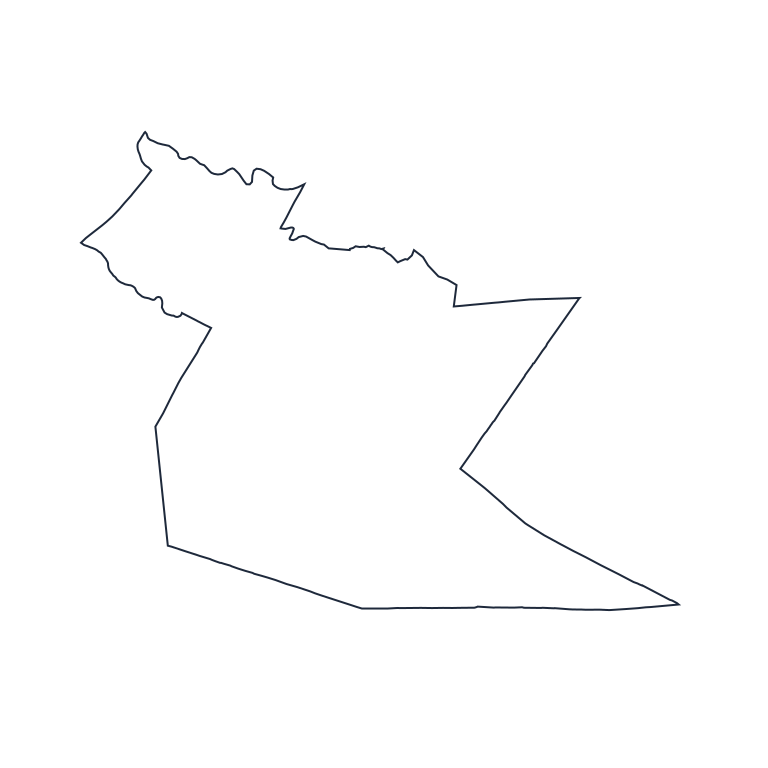 the district of Santa Lucía Ocotlán, Oaxaca, Mexico, rotated 6°
{"feature_id": "50627088B69652036607409", "entity_name": "Santa Lucía Ocotlán", "entity_type": "district", "adm_level": 2, "iso_a3": "MEX", "parent_name": "Mexico", "parent_adm1": "Oaxaca", "projection": "mercator", "projection_center": [-96.672, 16.727], "detail": "fine", "context": "isolated", "style": "outline", "palette": "slate", "viewbox_px": 768, "rotation_deg": 6, "n_neighbors": 0, "source": "geoboundaries", "source_scale": "gbopen_adm2", "svg_char_len": 4795}
<svg xmlns="http://www.w3.org/2000/svg" viewBox="0 0 768 768"><g transform="rotate(6 384 384)"><path d="M569.5,278.0L521.0,284.6L520.6,284.6L496.0,289.5L489.8,290.8L485.0,291.7L471.5,294.4L467.5,295.2L464.4,295.8L455.6,297.6L453.7,298.0L445.3,299.6L445.5,290.7L445.8,278.0L436.0,273.5L426.9,271.3L415.5,261.5L409.5,253.7L399.8,247.7L398.3,253.2L394.3,257.8L392.0,257.6L387.2,260.2L385.0,261.6L383.2,260.2L380.2,257.5L377.1,255.1L373.8,253.5L370.6,251.4L369.0,250.4L369.4,249.3L367.3,250.1L365.3,249.6L363.2,249.7L361.5,249.3L359.9,249.0L357.8,249.1L356.1,248.8L354.4,248.0L351.6,249.8L349.6,249.6L345.4,250.3L341.4,250.0L339.1,251.9L336.0,253.2L335.9,254.4L317.8,254.8L314.8,254.9L309.7,251.6L307.0,251.4L300.8,249.6L298.1,248.5L291.1,245.5L288.1,245.2L283.8,246.8L281.8,248.8L278.8,250.4L277.0,250.4L275.2,250.0L274.9,249.0L275.6,247.1L277.0,243.8L277.4,242.0L278.1,239.2L277.5,238.3L276.5,238.0L275.1,238.1L269.8,240.1L266.0,240.1L265.0,240.0L264.9,240.0L265.0,239.6L265.0,239.0L267.4,233.8L269.5,228.8L274.5,215.8L275.5,213.3L276.1,211.8L276.2,211.6L280.5,202.1L283.8,193.7L277.8,197.4L274.7,198.8L272.9,199.6L271.5,199.9L270.2,199.9L268.3,200.6L264.4,201.0L260.9,200.9L257.6,200.0L254.6,198.4L252.7,196.8L252.4,195.6L251.9,193.3L252.2,190.2L247.7,187.2L242.5,184.5L238.8,183.3L234.8,183.2L232.2,185.4L231.3,190.4L231.6,196.8L229.6,199.5L226.3,199.7L223.2,196.5L218.1,190.4L215.6,188.3L212.5,185.9L210.7,185.4L208.9,186.2L205.8,188.2L204.2,190.0L200.9,192.1L196.9,193.0L193.1,192.8L190.3,192.0L188.2,190.5L185.3,187.8L182.3,185.2L180.4,184.8L178.0,184.2L173.8,181.0L172.1,179.9L169.1,178.6L166.7,178.7L164.6,180.1L162.5,181.1L159.6,181.3L157.1,180.5L155.6,178.6L155.1,176.6L153.4,174.6L152.0,173.7L149.4,172.0L147.1,170.7L145.2,169.6L139.7,169.0L139.3,169.0L133.8,168.2L129.2,166.5L125.8,165.6L123.5,163.9L121.7,159.9L120.1,158.4L119.3,159.4L118.5,161.2L117.5,163.0L116.5,165.2L115.4,167.4L114.3,169.4L113.9,171.4L113.9,171.8L114.0,173.6L114.6,176.3L115.6,178.7L116.7,180.6L117.5,182.3L118.7,185.3L120.0,187.9L123.0,191.0L125.3,192.5L127.1,193.3L130.2,195.9L124.2,205.8L121.7,209.5L113.9,221.3L113.0,222.8L107.0,231.1L102.3,238.0L96.2,245.9L90.9,251.8L87.0,255.8L76.5,265.9L72.3,270.0L67.9,275.2L71.2,277.1L73.8,277.7L74.7,277.9L78.2,278.9L79.7,279.2L82.7,280.1L84.7,281.0L86.3,282.1L88.6,283.1L90.1,284.5L92.7,287.2L94.3,288.7L95.2,290.1L96.0,291.0L96.9,292.8L97.2,294.8L97.7,296.8L98.3,298.3L99.3,300.0L100.5,301.3L102.2,302.9L103.5,304.5L105.2,305.5L105.7,305.9L106.1,306.2L107.1,307.5L108.5,308.7L110.1,309.7L112.1,310.6L113.9,311.1L116.2,311.9L118.0,312.1L119.8,312.3L121.4,312.3L122.7,312.6L124.4,313.3L125.7,314.1L126.5,314.8L127.0,315.8L128.0,317.5L129.8,319.4L132.0,320.8L134.4,322.3L136.8,323.0L139.4,323.2L141.3,323.4L142.5,323.8L144.0,324.2L145.4,324.5L146.5,324.3L147.6,323.4L148.4,322.1L149.4,321.4L150.6,321.0L152.3,321.2L153.5,322.3L154.6,324.4L155.1,327.0L155.1,329.3L155.1,331.1L156.0,332.5L158.3,335.9L161.0,337.2L165.8,338.1L167.6,338.0L169.4,338.8L170.6,339.0L172.0,338.8L174.4,337.4L175.4,335.6L175.6,334.5L176.5,334.9L191.0,340.5L192.6,341.2L194.3,341.8L198.5,343.5L201.2,344.5L201.6,344.6L206.2,346.3L199.4,361.9L198.8,362.8L198.0,364.5L197.1,366.4L196.0,369.3L195.0,372.2L181.8,399.0L179.4,404.5L175.1,415.8L174.8,416.4L167.4,436.2L161.1,450.3L185.9,567.4L189.8,568.0L203.0,570.9L216.3,573.7L218.4,574.2L228.9,576.2L229.4,576.3L231.2,576.9L234.6,577.8L239.6,579.0L240.6,578.9L243.4,579.5L250.2,580.7L251.4,581.2L258.1,582.8L260.5,583.3L265.4,584.3L268.3,584.8L273.0,585.6L274.7,586.3L282.0,587.5L288.6,588.7L296.6,590.3L307.9,593.1L319.2,595.1L332.4,598.0L337.4,599.4L344.5,601.0L373.8,607.2L379.8,608.5L385.4,609.6L410.6,607.0L421.1,605.3L423.3,605.2L444.1,602.8L455.2,601.8L466.1,600.5L475.5,599.6L481.9,598.8L497.5,597.0L499.8,596.0L500.4,595.6L516.7,594.9L518.0,594.6L536.7,592.8L544.7,591.6L546.6,591.9L563.8,590.3L564.8,590.0L576.6,589.3L576.9,589.1L591.7,588.7L595.4,588.5L601.6,587.9L603.5,587.7L608.6,587.4L621.8,585.9L631.8,585.3L648.2,582.5L658.8,580.6L659.9,580.4L667.8,578.7L670.9,578.2L672.2,578.0L676.3,577.2L700.1,572.5L698.3,571.3L693.1,569.2L690.9,568.8L662.0,557.3L661.9,557.5L658.9,556.6L657.1,555.9L653.0,554.9L637.7,548.8L629.0,545.5L618.4,541.5L602.8,535.2L591.7,531.0L589.8,530.3L578.7,525.8L576.4,524.9L559.1,517.7L541.9,509.3L539.0,507.8L518.8,494.1L514.8,490.8L495.1,477.0L468.8,460.3L480.4,439.5L482.6,435.1L486.8,427.0L488.4,424.2L489.2,422.8L489.9,421.8L491.0,420.3L492.2,418.0L493.0,416.6L493.7,415.4L494.3,414.1L495.1,412.8L495.8,411.4L496.6,410.1L497.6,409.0L501.9,400.4L502.0,400.0L506.3,392.3L507.6,390.1L511.9,382.1L523.0,361.7L523.5,360.2L529.1,350.5L529.5,349.8L530.1,348.1L531.0,347.7L538.2,334.3L538.7,333.5L541.2,329.5L542.1,326.8L550.9,311.2L569.1,278.5L569.5,278.0Z" fill="none" stroke="#1e293b" stroke-width="2"/></g></svg>